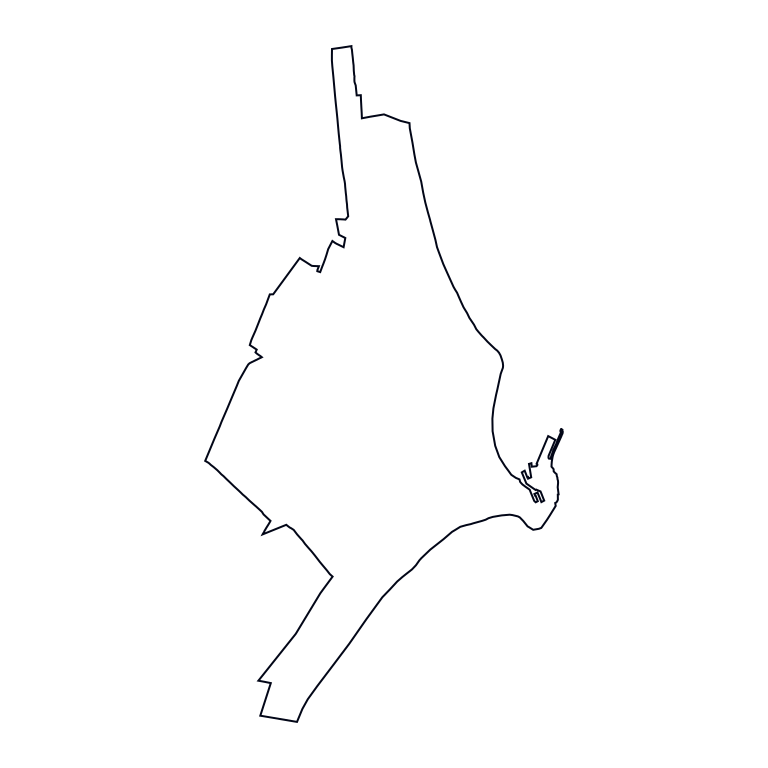 the district of Toamasina I, Atsinanana, Madagascar
{"feature_id": "10022922B32937301443957", "entity_name": "Toamasina I", "entity_type": "district", "adm_level": 2, "iso_a3": "MDG", "parent_name": "Madagascar", "parent_adm1": "Atsinanana", "projection": "natural_earth1", "projection_center": [49.402, -18.143], "detail": "fine", "context": "isolated", "style": "outline", "palette": "ink", "viewbox_px": 768, "rotation_deg": 0, "n_neighbors": 0, "source": "geoboundaries", "source_scale": "gbopen_adm2", "svg_char_len": 4888}
<svg xmlns="http://www.w3.org/2000/svg" viewBox="0 0 768 768"><path d="M409.5,123.1L400.6,120.9L384.0,114.4L377.6,115.5L370.3,116.7L366.1,117.5L361.9,118.3L361.7,113.0L361.4,107.9L361.0,100.2L360.8,95.2L356.7,95.4L355.7,85.4L354.8,82.9L354.5,81.9L354.4,80.6L354.4,77.8L354.5,76.1L354.2,75.1L353.8,70.8L353.6,65.4L353.2,62.2L352.8,58.0L352.3,53.6L351.9,49.5L351.6,48.6L351.4,47.5L351.4,46.1L341.9,47.6L332.0,49.0L331.9,55.3L331.9,60.6L332.0,61.9L332.3,66.0L333.4,77.1L334.4,88.4L335.1,96.3L335.8,103.4L336.7,111.8L337.4,118.7L338.0,125.6L338.6,132.2L338.7,133.3L339.3,139.1L339.9,144.6L340.1,146.1L340.1,147.8L340.4,150.6L340.9,154.4L341.6,161.7L342.1,167.2L342.6,170.7L343.8,177.4L344.6,181.2L345.0,183.8L345.2,186.8L345.8,193.0L346.2,196.3L346.4,199.2L346.6,201.2L347.0,204.3L347.2,207.8L347.6,211.0L348.2,216.3L345.5,219.6L343.0,219.4L341.1,219.3L338.5,219.2L336.0,219.2L337.3,225.7L339.0,234.8L345.3,238.0L343.6,247.2L339.7,245.3L337.9,244.4L337.0,244.0L335.2,243.0L332.4,241.0L328.2,249.1L326.5,254.8L325.1,259.1L323.4,263.7L322.2,266.7L320.2,272.1L317.3,271.2L317.4,270.0L317.8,269.0L318.9,266.2L313.5,266.0L311.7,265.8L305.5,261.8L302.0,259.6L300.8,258.8L299.8,258.0L273.2,294.3L269.8,294.4L267.9,299.5L266.1,304.4L263.9,309.4L262.1,314.1L260.2,318.6L258.5,323.0L255.5,330.6L252.3,337.8L251.3,340.2L249.8,345.1L256.7,349.6L255.5,352.4L257.1,353.8L258.8,355.0L260.6,356.2L261.8,357.2L250.2,362.9L249.4,363.4L249.0,363.8L248.3,364.4L247.5,365.7L246.0,368.2L238.8,380.9L236.8,385.9L231.3,398.9L227.1,408.9L221.4,422.1L219.8,426.3L214.4,438.8L209.0,451.8L205.2,460.9L207.1,462.0L208.0,462.5L209.0,463.2L210.0,464.1L210.7,464.8L213.7,467.1L215.2,468.4L217.3,470.2L219.6,472.5L221.3,474.3L223.6,476.2L226.4,479.0L229.9,482.3L234.0,486.3L236.2,488.3L238.8,490.7L240.8,492.6L242.8,494.6L243.9,495.5L246.0,497.3L247.1,498.4L249.5,500.7L254.7,505.3L255.9,506.3L261.9,511.8L263.6,514.5L264.3,515.1L267.7,518.3L270.5,520.9L269.8,522.2L268.5,524.4L267.1,526.6L265.8,528.7L265.3,529.7L264.8,530.3L264.3,531.4L264.0,532.2L263.0,533.6L262.6,534.4L286.3,524.8L287.6,525.9L288.8,526.8L289.7,527.5L291.1,528.2L293.7,529.9L297.1,534.4L301.0,538.8L302.6,540.5L305.0,543.9L305.7,544.7L308.1,547.5L311.4,551.2L314.8,555.4L317.2,558.5L319.8,561.9L323.3,566.1L326.5,569.9L327.4,571.0L328.7,572.7L329.9,574.2L332.6,576.6L323.8,588.5L320.3,593.3L295.8,633.8L258.4,680.7L264.9,681.9L270.8,683.1L260.3,715.7L297.0,721.9L302.4,708.9L307.8,699.2L317.2,686.2L335.3,662.3L349.3,643.7L366.3,619.3L382.3,597.3L390.1,589.2L397.2,581.5L402.5,576.9L406.4,573.8L411.9,569.5L415.9,565.3L419.5,560.2L420.8,558.8L421.1,558.4L430.3,549.6L443.5,539.2L452.1,531.8L452.8,531.4L455.3,529.9L460.3,526.8L466.3,525.1L470.8,524.1L473.3,523.3L477.3,522.2L482.0,520.9L485.7,519.7L488.5,518.2L492.8,516.9L501.6,515.4L509.7,514.7L512.6,515.1L517.9,516.4L519.8,517.4L523.3,521.0L527.6,526.4L528.7,527.0L533.2,529.8L538.9,528.8L541.3,527.9L547.0,519.8L549.9,515.3L555.7,505.9L555.2,503.0L556.4,502.4L557.5,500.7L557.9,499.6L557.8,494.6L558.6,494.4L557.7,487.3L558.1,482.9L558.0,480.8L557.5,479.1L557.4,477.6L556.8,476.0L556.6,474.2L554.9,472.7L553.7,471.4L553.6,469.2L553.1,468.5L551.5,466.7L551.6,464.2L551.8,461.7L552.0,460.4L552.6,456.8L553.2,454.7L554.2,452.0L556.5,447.0L561.2,436.6L561.9,434.8L562.5,433.6L562.7,432.4L562.8,431.8L562.5,431.2L562.4,430.5L562.5,429.9L561.4,429.0L561.0,429.1L560.4,430.5L560.4,431.3L560.7,432.0L560.8,432.5L560.7,433.0L559.9,434.7L557.5,440.3L556.5,443.3L553.2,450.3L553.1,450.9L552.8,451.9L551.2,456.2L550.7,458.8L548.9,458.6L548.5,457.9L548.5,456.9L548.6,455.8L555.3,439.8L548.2,436.1L536.6,463.8L537.3,464.3L537.4,464.9L536.5,466.2L534.7,466.4L531.8,466.7L531.4,463.2L529.8,463.7L529.0,463.9L530.6,473.7L531.2,477.3L528.2,478.6L528.0,477.1L527.3,477.4L524.7,470.7L522.6,471.9L521.8,472.4L526.2,483.1L526.4,483.6L535.6,490.0L536.2,489.6L539.7,491.1L540.5,491.4L541.3,493.3L543.3,498.4L544.2,500.6L541.4,502.1L540.1,498.8L537.5,492.5L534.4,494.0L535.3,495.9L535.7,495.8L536.7,498.4L537.8,501.2L535.7,502.3L534.2,500.9L530.7,492.3L529.7,489.7L528.6,488.9L525.3,486.6L524.4,485.9L522.5,484.5L520.9,482.8L520.1,481.8L519.5,479.4L515.9,477.9L511.3,474.8L508.5,470.9L505.0,466.2L499.3,457.1L495.2,445.8L493.8,437.9L492.6,431.2L492.4,418.7L493.4,408.5L493.6,407.4L496.1,394.8L497.3,389.7L500.7,373.9L501.8,370.8L502.9,367.8L503.1,365.8L502.8,362.7L501.9,359.5L500.5,355.4L499.6,353.8L499.0,352.7L497.2,350.6L495.0,348.9L490.7,344.8L487.5,341.7L483.1,336.9L482.9,336.8L481.3,335.1L478.5,331.9L476.3,329.2L474.0,324.7L469.4,317.9L467.1,313.1L463.6,307.4L461.1,302.0L458.8,296.8L457.1,292.8L455.2,289.8L453.5,286.8L446.1,270.4L443.3,264.1L438.7,251.8L437.0,247.1L435.4,239.8L432.6,229.4L430.3,221.0L430.1,220.0L427.9,212.3L425.3,202.5L423.2,192.7L421.2,181.5L420.8,180.1L418.2,170.7L415.9,162.5L414.7,156.1L414.4,154.5L412.5,142.8L409.8,128.3L409.5,123.1Z" fill="none" stroke="#020617" stroke-width="2"/></svg>